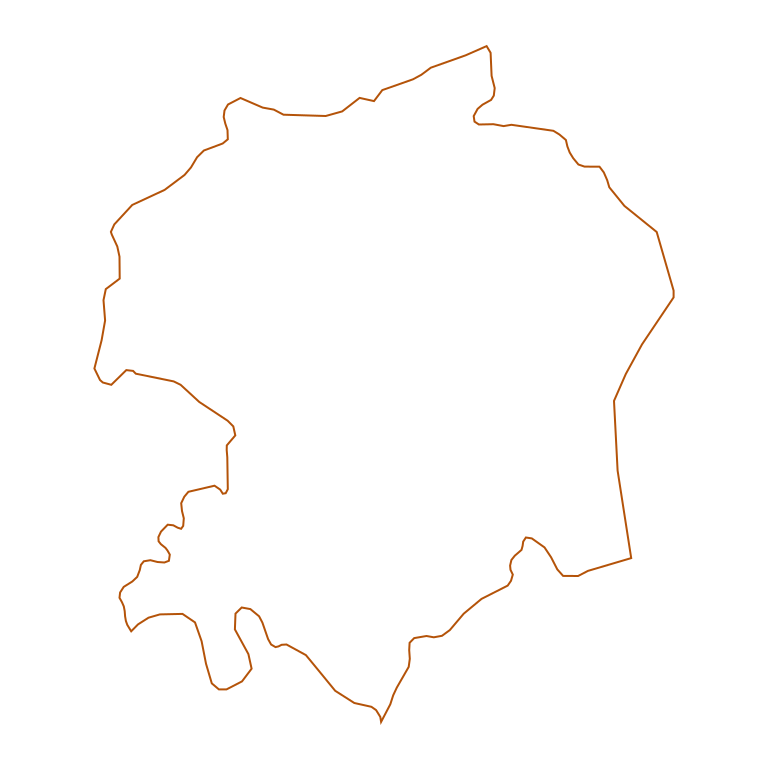 Viljandi, Albers equal-area conic projection
{"feature_id": "EST-2350", "entity_name": "Viljandi", "entity_type": "County", "adm_level": 1, "iso_a3": "EST", "parent_name": "Estonia", "parent_adm1": "", "projection": "albers", "projection_center": [25.42, 58.32], "detail": "fine", "context": "isolated", "style": "outline", "palette": "amber", "viewbox_px": 768, "rotation_deg": 0, "n_neighbors": 0, "source": "natural_earth", "source_scale": "10m", "svg_char_len": 2453}
<svg xmlns="http://www.w3.org/2000/svg" viewBox="0 0 768 768"><path d="M275.5,647.1L271.1,644.5L268.1,639.1L262.4,622.6L259.1,616.3L250.4,609.1L241.7,607.5L235.5,613.6L234.9,629.4L248.4,654.1L251.6,668.7L242.0,681.4L226.5,689.4L218.9,689.4L211.8,683.4L206.0,663.7L201.6,641.2L195.0,622.4L182.5,613.9L159.9,614.4L148.5,617.7L138.0,624.4L131.2,631.3L131.0,631.0L127.3,624.9L125.9,621.0L125.1,616.4L124.7,611.1L123.8,606.4L122.0,602.3L119.5,597.8L120.1,592.5L123.7,586.9L132.3,581.5L137.2,576.9L139.8,570.0L140.9,564.9L143.8,561.3L150.4,560.2L157.5,562.0L164.4,562.5L168.9,560.8L169.8,554.6L167.4,550.4L165.5,547.9L160.9,544.2L158.6,541.3L158.4,537.1L161.0,531.6L167.7,524.7L173.3,525.3L177.7,527.7L181.1,528.8L183.2,525.9L183.8,518.3L182.0,511.0L181.2,503.2L184.3,496.7L188.4,491.8L214.5,485.7L220.2,489.6L222.8,493.7L225.7,493.2L227.8,489.2L227.3,457.3L226.7,450.1L226.8,445.4L235.3,435.4L233.3,426.4L227.6,420.7L199.3,402.0L180.6,384.8L173.7,381.4L135.8,373.7L133.1,370.9L126.3,370.1L111.3,384.8L102.8,382.5L100.0,380.0L94.4,368.5L101.6,340.3L105.1,320.5L103.5,300.2L105.8,289.1L119.7,278.6L119.5,256.7L117.3,246.5L111.8,234.6L110.9,231.9L114.3,224.4L132.3,204.9L164.6,189.9L184.6,174.9L191.0,167.4L197.1,157.2L203.9,150.5L222.7,143.5L227.8,139.3L227.5,130.1L225.3,123.6L223.7,117.0L224.5,110.5L228.0,104.5L240.5,98.0L262.7,107.6L273.8,109.6L283.5,114.7L325.7,116.0L342.2,111.4L359.6,97.9L374.0,101.1L382.3,90.1L413.0,79.3L421.3,74.8L430.8,67.7L465.7,55.3L486.6,46.1L490.6,52.8L491.6,75.9L494.7,88.1L493.8,95.6L491.1,99.9L482.5,104.7L477.6,108.9L473.7,116.1L474.5,121.6L478.9,124.5L493.4,124.2L503.6,126.1L511.4,124.8L553.4,130.8L559.4,134.5L565.9,140.0L567.4,146.5L569.7,152.5L573.2,158.2L578.4,164.5L584.5,166.6L599.5,166.7L603.8,172.4L607.2,180.2L609.3,187.3L624.4,205.9L656.7,232.0L673.6,290.6L673.6,297.4L642.0,344.4L625.8,374.0L614.0,400.9L617.6,470.6L631.2,558.1L587.9,570.9L578.1,576.0L563.1,575.9L557.3,569.4L551.1,557.3L544.5,547.4L531.8,538.4L525.9,537.5L523.2,541.6L522.6,545.9L521.5,549.9L514.8,555.7L511.4,560.0L510.1,565.6L510.5,569.8L512.8,574.6L511.0,580.8L507.7,585.6L481.5,598.9L463.7,613.7L449.8,630.1L442.0,635.8L433.8,637.3L426.5,636.0L414.2,638.1L409.6,642.8L409.2,650.1L409.8,658.8L408.7,666.9L396.8,687.6L393.2,695.3L390.3,704.3L381.1,721.9L380.3,716.9L376.1,710.1L371.4,706.8L354.3,703.0L335.2,690.8L317.1,668.7L305.9,655.1L286.5,644.5L281.6,644.8L278.5,646.4L275.5,647.1Z" fill="none" stroke="#b45309" stroke-width="2"/></svg>